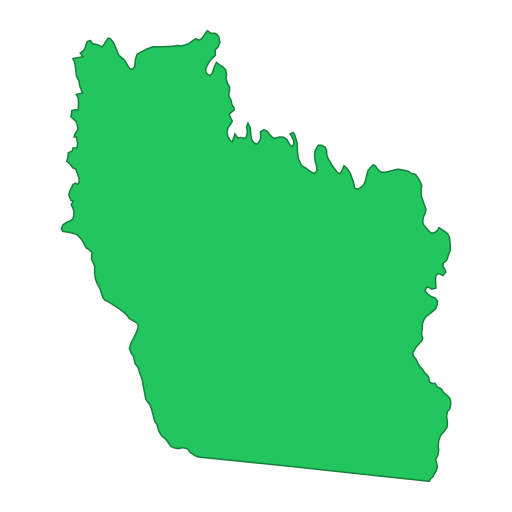 Mundo Novo, Goiás, Brazil (Equal Earth projection)
{"feature_id": "56859067B59704629353682", "entity_name": "Mundo Novo", "entity_type": "district", "adm_level": 2, "iso_a3": "BRA", "parent_name": "Brazil", "parent_adm1": "Goiás", "projection": "equal_earth", "projection_center": [-50.198, -13.778], "detail": "fine", "context": "isolated", "style": "filled", "palette": "green", "viewbox_px": 512, "rotation_deg": 0, "n_neighbors": 0, "source": "geoboundaries", "source_scale": "gbopen_adm2", "svg_char_len": 4448}
<svg xmlns="http://www.w3.org/2000/svg" viewBox="0 0 512 512"><path d="M421.8,185.5L420.4,182.2L418.6,178.7L415.4,174.3L411.2,173.4L408.5,171.3L403.2,170.1L398.2,169.2L395.6,169.7L386.5,172.0L381.7,172.4L379.2,170.7L377.4,168.8L375.4,166.0L373.3,164.7L370.5,167.4L367.8,170.9L365.1,182.0L363.5,184.8L362.0,186.5L359.1,188.7L356.6,189.0L354.6,187.8L353.4,182.0L350.3,173.3L348.4,170.3L346.3,167.7L344.0,165.7L341.9,170.8L340.2,173.7L337.6,172.8L331.4,164.4L329.8,161.1L328.2,158.9L326.7,154.4L326.5,149.9L325.0,147.1L321.8,145.3L318.4,145.2L315.2,150.2L314.6,153.4L314.6,157.2L315.2,161.4L316.7,166.6L317.0,170.4L314.7,173.4L311.9,172.4L308.2,170.0L306.0,168.1L303.4,166.9L301.2,164.9L298.5,158.9L297.6,153.4L297.3,146.5L297.1,142.9L296.1,139.4L294.5,134.2L293.0,132.5L290.2,133.7L293.7,140.6L293.9,144.1L292.0,146.6L289.6,144.4L286.7,139.2L283.1,137.1L279.9,137.0L277.4,137.5L274.2,138.4L272.1,137.1L269.6,134.6L267.3,131.4L263.9,129.7L260.3,131.9L260.9,136.2L260.3,139.6L258.2,143.1L256.2,144.1L253.4,142.2L251.5,139.0L250.8,134.5L250.3,127.8L248.0,123.1L246.7,126.1L247.1,130.3L247.2,133.2L246.1,137.8L243.4,138.3L240.8,137.5L237.8,138.1L235.0,133.9L233.3,138.9L232.3,141.8L230.4,140.8L227.8,136.4L227.0,132.2L227.9,128.1L230.4,124.5L232.3,121.1L230.5,117.6L229.2,114.3L231.3,112.3L234.1,110.0L233.8,106.9L232.2,105.3L230.7,99.4L229.3,97.3L228.7,94.7L229.6,90.9L229.5,86.8L227.4,83.2L226.0,78.2L226.6,74.5L225.6,69.7L222.5,66.5L220.3,65.4L216.4,62.4L214.7,65.9L213.6,69.0L212.1,73.2L210.2,75.5L207.6,74.6L206.0,72.5L205.7,69.2L206.8,66.3L209.7,61.1L212.3,58.2L215.4,55.4L215.2,49.9L218.0,47.0L219.9,42.2L218.7,36.7L217.2,34.6L215.0,33.3L211.1,33.3L207.3,30.7L203.1,36.7L201.3,39.0L198.9,40.0L195.6,38.7L187.9,44.1L182.3,45.7L179.6,46.0L177.6,45.4L174.7,46.1L160.7,46.9L153.2,46.6L147.1,48.9L137.1,54.1L135.3,59.8L134.7,66.6L132.6,69.3L129.5,68.4L124.1,59.6L118.6,55.1L115.5,47.0L112.9,41.7L110.2,38.6L108.0,38.1L102.3,47.0L97.5,44.7L94.7,44.1L92.7,43.9L90.4,40.5L87.4,41.4L86.1,44.3L84.9,48.6L83.5,50.6L80.2,53.1L83.1,56.7L72.9,58.6L74.8,62.7L76.5,76.1L79.0,81.1L79.6,85.3L82.4,93.2L80.3,93.6L76.3,94.4L78.4,98.5L78.5,104.2L78.1,110.0L75.0,109.8L71.9,110.5L71.0,117.0L76.0,121.3L77.6,126.4L77.9,129.8L75.1,133.6L74.2,137.1L76.5,136.8L77.6,143.6L77.0,147.8L73.1,148.0L72.1,151.1L68.3,152.8L67.9,157.3L66.8,161.4L68.8,162.8L70.8,165.0L72.8,167.8L75.7,169.1L77.3,173.3L78.9,177.8L79.2,182.3L77.3,184.5L75.6,183.1L73.1,184.4L69.9,190.9L68.7,194.7L71.0,200.5L73.2,200.7L71.2,204.9L72.6,207.3L73.9,211.2L73.6,216.1L72.7,219.2L70.4,220.7L66.0,222.6L62.9,224.9L61.3,228.8L62.7,231.4L70.6,232.6L76.4,234.4L78.9,236.5L81.8,239.8L86.4,248.2L88.6,249.1L92.0,252.6L91.6,255.4L91.5,259.0L94.8,266.4L94.6,272.6L95.4,279.0L97.0,283.1L100.4,289.8L102.8,297.5L105.1,300.4L107.1,301.1L116.1,306.7L118.9,308.5L125.2,313.5L127.6,316.1L129.5,318.8L134.4,321.5L136.8,322.8L138.5,325.8L136.7,331.8L133.8,337.6L130.8,343.6L129.4,348.4L131.3,353.3L133.4,356.2L135.1,363.5L138.3,367.8L139.7,372.8L142.1,379.5L145.8,399.3L149.9,404.9L151.9,410.4L154.7,421.1L157.1,424.9L158.3,429.3L159.2,431.9L161.8,435.9L166.3,439.9L170.9,446.4L173.6,447.7L178.2,448.7L182.3,447.7L184.8,448.1L187.7,449.0L190.3,452.5L194.6,455.5L198.2,457.0L286.6,466.0L353.4,473.2L393.4,477.5L429.3,481.3L430.7,478.6L432.8,476.8L434.1,474.4L436.3,470.8L437.4,466.6L436.7,463.4L435.7,459.7L437.9,455.1L438.7,449.9L438.3,446.7L438.7,440.8L440.2,436.5L441.6,434.1L443.8,431.9L447.2,427.0L447.4,423.3L447.2,419.7L446.5,416.5L447.5,411.5L449.7,409.2L450.7,404.4L450.7,401.3L450.0,398.8L448.1,396.4L443.3,392.2L442.0,389.8L440.0,388.0L437.3,387.1L435.1,383.4L432.0,383.4L429.3,381.7L428.7,377.2L427.2,375.1L424.6,372.6L422.1,368.7L419.8,366.4L417.9,363.3L416.2,359.4L413.5,356.2L412.8,352.7L416.1,347.1L421.8,340.8L422.7,338.4L421.5,334.0L422.2,329.9L422.5,323.7L424.0,319.5L426.4,316.3L431.0,312.8L435.9,308.5L436.9,305.5L437.6,301.3L435.3,298.1L433.4,297.4L431.0,296.5L428.1,294.3L425.0,291.1L426.6,287.1L429.0,287.5L431.8,289.2L435.9,288.1L435.5,279.1L436.0,275.6L438.0,273.6L440.5,274.1L442.9,275.6L445.8,272.2L444.6,268.8L442.9,266.4L443.3,263.1L445.3,261.6L446.9,259.9L448.6,254.5L450.1,250.6L450.3,246.0L449.7,238.7L448.8,235.7L447.5,233.7L445.7,232.1L441.6,229.4L439.0,227.6L437.8,229.9L436.1,231.7L433.9,232.7L431.7,233.2L429.4,231.6L424.0,225.3L422.9,223.0L422.9,219.6L423.9,215.9L425.1,213.1L426.0,209.5L421.3,196.0L421.1,189.5L421.8,185.5Z" fill="#22c55e" stroke="#15803d" stroke-width="1.5"/></svg>